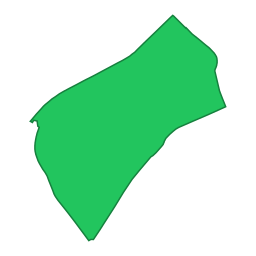 outline of Al Wayli, Al Qahirah, Egypt
{"feature_id": "37247803B46837021628067", "entity_name": "Al Wayli", "entity_type": "district", "adm_level": 2, "iso_a3": "EGY", "parent_name": "Egypt", "parent_adm1": "Al Qahirah", "projection": "natural_earth1", "projection_center": [31.288, 30.072], "detail": "fine", "context": "isolated", "style": "filled", "palette": "green", "viewbox_px": 256, "rotation_deg": 0, "n_neighbors": 0, "source": "geoboundaries", "source_scale": "gbopen_adm2", "svg_char_len": 2145}
<svg xmlns="http://www.w3.org/2000/svg" viewBox="0 0 256 256"><path d="M186.0,27.7L185.7,28.1L181.7,24.1L173.8,16.2L173.3,15.8L172.7,15.4L169.9,18.0L155.6,31.9L143.7,43.3L141.8,45.2L137.7,49.2L137.6,49.3L134.7,52.3L132.0,54.2L129.8,56.1L126.5,58.1L122.4,60.5L117.5,63.0L109.3,67.4L92.8,76.2L86.0,79.6L83.3,81.0L76.2,84.8L70.2,87.9L63.8,91.3L59.3,93.9L55.7,96.5L51.9,99.0L49.5,101.1L45.2,104.6L44.7,105.1L43.4,106.3L41.4,108.6L36.3,114.2L30.5,121.1L30.3,121.3L32.4,122.5L33.7,120.3L37.1,121.0L37.8,126.2L39.2,127.3L37.1,133.2L36.5,135.8L36.4,136.1L36.3,136.4L35.6,139.9L35.3,142.0L35.2,142.2L35.2,142.5L35.1,143.2L35.1,143.7L35.0,144.3L35.0,144.9L34.9,145.5L34.9,146.1L34.9,146.7L34.9,147.3L34.9,147.9L34.9,148.5L34.9,149.1L35.0,150.1L35.1,150.6L35.1,151.0L35.2,151.5L35.3,151.9L35.4,152.4L35.5,152.9L35.6,153.3L35.7,153.8L35.8,154.2L35.9,154.7L36.1,155.1L36.3,155.8L37.3,158.6L38.0,160.6L39.5,163.6L42.7,169.1L45.0,172.3L47.1,175.9L48.9,180.8L49.8,183.0L52.6,190.0L54.1,194.1L55.4,196.5L58.0,200.3L67.1,211.7L75.3,222.4L88.8,240.6L90.9,239.4L93.4,239.5L100.4,229.0L104.2,223.0L114.8,206.5L123.5,192.2L132.1,179.3L139.8,169.9L150.9,156.8L152.9,155.6L156.0,152.7L161.5,146.5L163.1,144.5L163.6,143.2L164.1,142.1L164.2,141.7L164.3,141.3L165.0,140.0L165.4,139.2L165.8,138.4L167.5,136.6L169.6,134.4L173.1,131.3L175.8,129.1L177.3,128.2L178.9,127.3L193.6,120.9L210.0,113.8L225.1,107.0L225.7,106.7L225.5,106.2L225.4,106.0L225.1,105.2L222.5,98.7L220.1,92.5L220.0,92.1L219.8,91.7L219.7,91.3L219.5,90.9L215.1,72.2L215.0,71.9L214.9,71.5L214.9,71.1L214.9,70.8L214.9,70.4L214.9,70.0L215.0,69.7L215.1,69.3L215.3,69.0L215.5,68.4L215.8,67.8L215.9,67.6L216.0,67.2L216.2,66.8L216.4,66.1L216.6,65.6L216.7,64.8L216.9,63.8L217.0,63.5L217.0,63.1L217.1,62.7L217.1,62.3L217.1,61.7L217.1,61.1L217.1,60.7L217.1,60.3L217.0,59.8L217.0,59.3L216.9,58.8L216.9,58.5L216.8,58.1L216.7,57.7L216.6,57.4L216.5,57.0L216.4,56.7L216.2,56.3L215.5,55.2L215.3,54.7L215.0,54.3L214.7,53.9L214.4,53.5L214.2,53.1L213.9,52.8L212.0,50.8L210.1,48.8L209.6,48.3L209.0,47.7L205.7,45.1L197.8,38.5L192.2,34.1L189.0,30.8L187.4,29.1L186.0,27.7Z" fill="#22c55e" stroke="#15803d" stroke-width="1.5"/></svg>